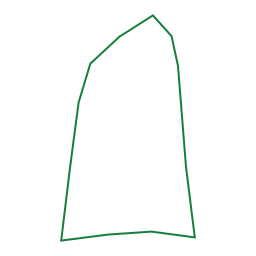 the Quarter of Dauphin
{"feature_id": "LCA-5079", "entity_name": "Dauphin", "entity_type": "Quarter", "adm_level": 1, "iso_a3": "LCA", "parent_name": "Saint Lucia", "parent_adm1": "", "projection": "albers", "projection_center": [-60.912, 14.026], "detail": "fine", "context": "isolated", "style": "outline", "palette": "green", "viewbox_px": 256, "rotation_deg": 0, "n_neighbors": 0, "source": "natural_earth", "source_scale": "10m", "svg_char_len": 284}
<svg xmlns="http://www.w3.org/2000/svg" viewBox="0 0 256 256"><path d="M152.9,15.4L171.6,36.2L178.0,66.0L186.0,166.9L194.8,237.4L151.4,231.6L107.7,234.6L61.2,240.6L69.9,168.6L72.6,148.0L78.6,102.6L90.3,63.7L119.4,36.7L152.9,15.4Z" fill="none" stroke="#15803d" stroke-width="2"/></svg>